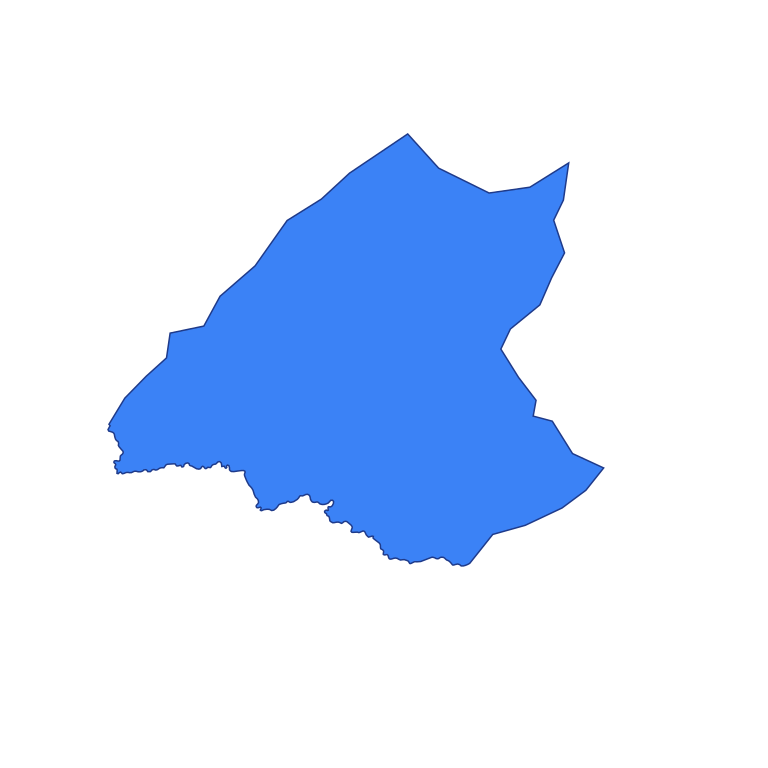 outline of Asokwa Municipal, Ashanti, Ghana, rotated 58°
{"feature_id": "2480657B91188187265148", "entity_name": "Asokwa Municipal", "entity_type": "district", "adm_level": 2, "iso_a3": "GHA", "parent_name": "Ghana", "parent_adm1": "Ashanti", "projection": "robinson", "projection_center": [-1.578, 6.646], "detail": "fine", "context": "isolated", "style": "filled", "palette": "blue", "viewbox_px": 768, "rotation_deg": 58, "n_neighbors": 0, "source": "geoboundaries", "source_scale": "gbopen_adm2", "svg_char_len": 4862}
<svg xmlns="http://www.w3.org/2000/svg" viewBox="0 0 768 768"><g transform="rotate(58 384 384)"><path d="M581.5,406.3L569.2,371.5L578.7,339.1L583.5,298.7L581.1,269.1L571.6,242.2L542.9,261.0L504.7,261.0L490.3,274.5L478.4,263.7L449.7,266.4L416.3,266.4L404.3,247.6L399.5,209.9L382.8,185.6L368.5,161.4L335.0,153.3L323.1,134.4L294.4,110.2L294.4,156.0L277.7,193.7L229.9,223.3L184.5,231.4L186.9,301.4L194.0,339.1L194.0,379.5L215.5,430.7L222.7,476.5L239.4,506.1L227.5,538.4L246.6,554.6L251.4,581.5L258.6,611.2L272.4,638.6L274.3,638.4L275.0,639.8L275.7,641.0L276.4,642.2L278.0,642.4L279.9,640.7L281.3,639.6L282.7,639.2L283.9,639.4L286.1,640.3L287.3,640.6L288.5,640.9L290.2,640.8L291.2,640.3L292.0,640.0L293.7,640.5L295.3,641.8L296.7,641.9L299.8,641.5L302.8,641.0L304.1,641.6L304.8,642.9L305.0,644.4L305.4,645.8L307.4,647.3L308.1,647.8L308.7,648.2L309.0,649.2L308.5,650.3L307.3,651.5L306.5,652.9L306.5,653.8L307.0,654.3L307.6,654.7L309.3,654.1L310.4,654.3L311.3,655.9L312.6,656.6L313.8,656.4L314.6,655.7L315.6,655.9L318.3,657.8L319.2,657.0L318.9,655.5L319.1,654.0L320.2,653.7L321.4,653.5L322.0,652.1L322.4,649.6L323.3,647.9L324.3,646.9L325.3,645.2L325.7,642.0L326.5,640.6L327.3,639.8L328.1,639.1L329.3,637.2L329.7,636.0L329.9,634.6L329.6,633.2L330.5,631.3L331.7,630.8L333.1,630.8L334.5,628.6L334.3,627.3L333.9,626.2L334.3,624.8L334.9,624.0L335.7,623.6L336.4,622.3L336.6,621.3L336.5,619.7L336.7,618.0L337.4,616.5L338.4,615.1L337.1,611.8L337.2,610.5L337.8,609.2L340.4,604.4L341.2,603.4L342.7,603.4L343.8,603.1L344.4,601.9L344.9,600.2L345.3,599.4L346.3,599.4L347.2,599.4L347.7,598.5L347.7,597.6L346.5,596.2L346.2,594.2L346.9,592.3L347.7,591.8L348.4,591.5L349.0,591.8L350.0,591.9L350.8,591.4L351.8,590.4L352.8,589.9L353.7,589.4L356.5,587.9L358.1,586.1L358.5,584.7L358.3,583.7L357.7,582.6L357.6,581.5L358.3,580.9L359.1,580.7L360.8,580.5L361.4,579.9L361.5,578.9L361.2,578.0L361.4,577.3L361.9,576.8L362.9,575.5L362.7,574.6L361.9,573.1L361.8,571.7L362.2,570.3L362.7,569.2L362.5,567.9L362.1,566.5L362.4,564.9L363.3,564.2L364.1,564.0L364.9,563.9L366.8,564.7L368.0,565.3L369.0,563.1L371.1,563.1L371.7,562.7L371.5,561.6L370.0,561.0L369.9,560.4L369.8,559.7L371.0,558.8L373.1,559.4L374.9,560.5L376.3,560.3L377.3,559.8L378.7,557.8L380.1,554.6L381.6,551.3L382.3,550.0L383.1,548.8L384.2,548.2L385.2,548.5L385.8,549.3L386.6,550.2L387.6,550.7L388.4,550.9L391.1,551.4L392.9,551.7L394.8,551.9L398.3,552.1L400.3,551.6L402.4,551.3L404.8,551.4L408.7,552.5L411.8,552.9L414.5,552.2L415.5,552.3L416.4,552.4L418.1,553.3L418.7,554.4L419.3,556.6L420.1,557.3L420.9,557.4L421.7,557.2L422.3,556.2L422.9,554.1L423.7,553.8L424.6,554.4L425.3,555.7L426.2,555.4L426.6,554.8L426.9,552.5L428.2,549.6L428.9,548.6L429.6,547.6L431.8,546.3L432.6,544.2L432.4,543.5L432.4,542.0L431.7,539.5L431.1,538.2L430.6,536.8L431.1,534.5L431.8,532.5L432.6,530.8L432.8,529.6L432.3,528.3L432.8,527.3L433.7,526.9L434.7,526.3L435.3,525.0L435.6,524.0L435.9,523.0L435.9,521.4L435.9,518.7L435.4,516.9L434.5,515.0L434.4,514.2L435.4,512.8L435.8,512.2L436.3,508.7L437.1,507.2L438.3,506.5L439.6,506.3L441.0,506.7L441.8,507.0L442.6,507.4L444.4,507.6L446.1,507.3L447.4,506.0L448.1,504.5L448.5,503.3L449.3,502.6L450.1,502.3L451.7,501.9L453.4,500.3L454.5,498.4L455.1,496.4L455.4,494.5L454.9,492.4L454.4,490.8L455.4,489.2L456.8,489.0L458.4,490.1L459.6,492.0L460.0,493.3L459.8,494.6L458.7,496.0L458.8,496.7L460.1,497.5L461.5,498.1L461.4,498.9L460.3,499.8L460.2,500.7L460.4,501.8L461.4,502.3L462.2,502.2L463.4,501.5L464.3,501.8L465.4,502.0L466.9,501.0L468.2,501.1L469.2,501.5L470.4,502.0L471.4,502.4L472.5,502.1L474.5,501.0L475.2,499.7L476.0,497.5L476.9,495.9L478.2,494.8L479.6,494.0L479.8,492.9L479.5,490.9L480.1,489.3L481.0,488.4L481.8,488.1L486.2,486.7L488.0,486.6L489.2,487.2L490.0,488.4L491.4,490.0L492.6,489.9L493.3,489.1L494.5,486.9L495.5,485.1L496.5,484.3L496.9,483.6L497.5,479.8L498.1,479.0L498.8,478.8L499.5,478.6L502.4,479.0L504.7,478.6L505.7,478.2L506.3,476.1L506.7,474.7L507.6,473.8L508.2,474.4L508.8,474.9L510.5,474.5L516.3,472.3L517.7,472.2L518.8,472.5L520.7,473.6L522.0,474.1L523.0,473.5L524.1,473.0L525.1,472.8L526.2,473.3L527.2,474.3L528.2,474.9L529.0,474.4L529.5,473.7L529.8,472.6L530.3,471.8L531.5,471.4L533.0,471.9L534.7,472.2L535.7,471.7L536.3,470.6L536.7,469.3L537.0,468.1L537.6,466.6L538.9,465.2L540.3,464.5L541.3,463.8L542.0,463.3L542.8,461.5L543.7,459.8L545.0,458.8L545.9,458.0L547.3,457.2L548.5,457.3L549.8,457.3L550.4,456.6L550.6,455.1L550.7,453.8L550.9,452.3L552.5,449.8L554.0,446.9L554.3,445.3L556.1,436.0L556.4,434.9L557.3,433.9L558.4,433.0L559.7,432.3L560.6,431.2L561.0,430.2L560.9,428.5L561.2,427.3L561.8,426.4L562.6,425.4L563.9,424.8L565.4,424.5L566.7,424.0L567.8,423.1L569.2,422.5L571.0,422.1L573.5,421.8L574.1,421.5L574.6,420.4L574.8,419.4L575.3,418.0L575.7,416.9L577.3,415.5L579.1,415.0L579.7,414.1L580.3,413.2L581.0,410.9L581.4,408.4L581.5,406.3Z" fill="#3b82f6" stroke="#1e3a8a" stroke-width="1.5"/></g></svg>